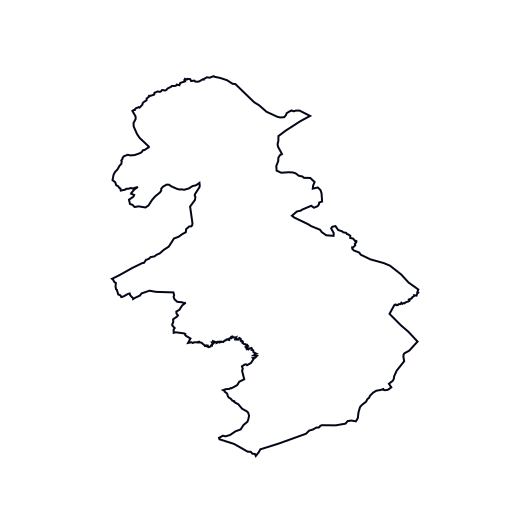 Gomoa East, Central, Ghana, rotated 252°
{"feature_id": "2480657B26264719340764", "entity_name": "Gomoa East", "entity_type": "district", "adm_level": 2, "iso_a3": "GHA", "parent_name": "Ghana", "parent_adm1": "Central", "projection": "equal_earth", "projection_center": [-0.589, 5.477], "detail": "fine", "context": "isolated", "style": "outline", "palette": "ink", "viewbox_px": 512, "rotation_deg": 252, "n_neighbors": 0, "source": "geoboundaries", "source_scale": "gbopen_adm2", "svg_char_len": 6116}
<svg xmlns="http://www.w3.org/2000/svg" viewBox="0 0 512 512"><g transform="rotate(252 256 256)"><path d="M278.8,112.0L277.5,112.8L275.1,113.2L273.6,114.4L270.5,113.0L267.6,112.6L266.9,113.2L262.0,113.1L260.5,114.9L258.5,115.2L258.5,117.5L259.5,122.5L259.4,124.3L257.5,124.2L254.1,125.9L253.0,125.8L253.6,128.0L254.2,133.2L255.8,135.7L255.9,144.0L252.8,149.8L246.9,166.2L244.2,166.1L242.6,165.0L240.1,165.1L236.8,166.9L234.7,171.6L233.6,172.7L233.3,174.7L231.8,170.5L228.5,166.5L227.8,163.1L225.9,162.6L223.6,163.4L222.7,161.9L221.4,157.6L219.0,157.0L216.7,155.1L215.6,155.0L212.6,156.4L211.5,154.9L208.4,154.0L208.2,156.2L204.6,163.7L203.7,164.7L202.8,164.2L201.7,164.7L197.8,168.2L194.3,164.5L193.9,168.0L192.8,168.9L193.0,170.9L191.5,174.6L191.7,175.3L192.1,174.8L192.1,175.4L191.2,175.7L190.6,177.2L186.9,179.5L186.4,180.5L186.0,180.1L185.6,181.0L186.2,181.5L185.7,182.4L184.9,181.8L183.9,182.8L184.0,184.9L184.8,185.6L184.4,186.5L185.5,186.9L185.7,187.7L186.5,187.6L186.7,188.4L187.5,187.8L187.4,188.9L188.2,189.0L187.4,190.0L186.7,189.0L186.4,189.2L186.3,193.1L186.1,193.6L185.6,193.0L185.8,195.1L185.5,195.9L185.0,195.5L184.9,197.3L184.3,198.2L185.3,200.0L185.0,200.9L185.8,202.2L185.6,203.3L185.2,203.2L184.4,204.5L185.8,205.2L186.0,206.8L186.8,207.4L186.8,208.1L185.7,207.7L186.1,209.0L185.6,209.1L185.1,211.0L184.5,211.1L184.6,211.8L183.1,210.4L182.5,211.7L183.2,212.0L182.0,213.1L183.2,214.8L182.1,215.8L180.5,215.2L180.3,215.7L179.7,215.6L179.6,216.5L178.5,217.0L178.2,216.3L177.5,216.2L175.8,217.6L175.3,218.8L174.4,219.0L174.4,220.0L172.9,220.6L172.7,219.1L172.3,219.7L171.5,219.7L171.6,218.8L171.1,219.2L170.9,218.4L170.2,218.4L170.1,219.4L169.5,219.9L170.1,220.9L169.9,223.3L168.8,223.4L168.1,222.8L167.1,224.2L165.2,223.9L163.2,225.9L163.3,225.0L162.6,224.7L162.2,223.0L160.8,226.1L159.5,223.9L159.9,221.4L158.7,221.8L155.8,218.1L154.9,213.7L155.9,213.2L156.3,211.9L155.4,208.5L152.8,208.6L151.2,207.3L142.4,206.7L141.6,201.2L139.0,198.2L138.1,193.7L137.8,191.7L138.2,190.9L137.8,189.7L138.7,186.0L138.6,183.4L137.7,184.4L136.8,184.2L134.1,186.0L131.2,185.9L130.0,186.3L128.0,187.9L125.6,188.9L124.6,190.5L123.6,190.3L120.6,193.3L115.0,195.6L111.3,199.1L109.6,200.1L106.3,200.1L102.5,197.9L100.9,196.4L99.2,192.0L95.8,187.8L95.6,182.3L93.8,176.1L93.9,171.3L95.3,169.0L94.5,164.6L93.0,164.6L84.0,177.1L72.5,187.6L71.4,190.5L69.2,191.4L68.0,193.8L65.9,194.0L68.7,198.2L70.8,200.4L70.6,219.5L71.5,248.6L73.5,252.6L73.4,256.4L74.2,260.6L73.6,262.0L73.6,263.3L74.6,264.6L74.7,266.4L70.3,279.5L68.9,289.3L70.7,292.2L70.0,295.9L67.9,299.9L70.3,302.7L75.5,305.1L80.1,308.2L81.6,310.6L83.4,315.6L85.4,317.7L86.3,319.9L87.7,321.0L89.8,325.0L90.7,328.8L90.1,332.9L90.1,335.9L89.3,335.8L88.5,337.2L88.0,340.2L89.3,344.1L93.4,342.9L95.1,347.6L96.6,349.1L98.9,350.2L103.6,354.5L110.1,364.4L114.9,365.1L116.8,366.0L117.6,367.1L118.6,372.4L124.7,383.2L136.9,377.5L145.3,372.4L159.7,365.1L166.4,372.2L166.8,373.2L166.7,373.9L165.8,374.3L165.5,375.8L166.1,376.7L165.6,378.5L166.6,379.8L165.3,380.4L165.6,381.7L165.1,382.7L165.6,383.5L165.8,387.7L166.2,388.3L167.4,388.0L167.6,391.1L168.5,391.9L169.1,394.1L169.8,394.3L168.7,396.4L170.6,397.8L171.0,398.9L171.8,398.3L174.0,400.0L183.6,392.9L193.5,388.4L205.3,380.5L209.8,375.3L217.5,363.7L224.9,356.0L227.4,355.2L231.0,350.8L233.0,349.8L234.5,350.1L234.2,351.0L235.5,353.7L237.1,353.8L238.0,355.5L239.1,356.1L239.6,355.7L239.5,354.9L242.6,353.7L244.0,351.2L246.1,351.9L248.4,350.0L248.6,349.4L250.2,348.8L251.6,346.2L252.8,345.6L255.3,342.2L259.9,340.8L260.2,337.4L259.0,336.0L253.7,337.0L251.2,336.0L254.0,329.2L258.4,325.9L261.2,325.0L267.6,317.4L269.5,316.0L280.7,304.3L283.2,302.6L285.7,308.7L285.3,312.6L285.8,313.8L286.7,324.0L284.0,326.1L284.3,329.8L285.4,331.6L287.3,332.6L287.4,335.7L295.3,337.7L298.8,337.7L302.1,335.9L302.5,330.8L305.5,332.2L308.2,334.6L313.5,331.7L315.5,325.8L317.3,324.7L319.0,321.6L322.4,319.2L324.1,316.8L325.6,312.8L327.4,305.7L330.8,302.0L335.3,303.1L339.3,306.4L342.5,307.6L344.5,309.9L344.9,312.2L353.2,310.7L355.8,311.1L358.5,312.8L363.1,314.4L366.1,323.1L370.5,339.8L372.5,350.7L380.8,342.4L382.0,338.7L381.9,336.7L383.5,334.7L383.1,333.9L383.3,333.1L382.3,329.2L380.9,328.2L379.3,325.8L380.3,321.7L382.0,319.1L389.9,310.6L398.4,305.5L402.9,301.7L425.9,289.5L427.0,287.0L432.2,282.7L436.5,276.8L439.2,272.0L440.1,271.4L439.9,267.0L441.1,264.6L440.4,261.0L440.0,260.8L440.5,260.1L439.6,255.8L439.8,254.3L440.6,252.2L441.9,251.5L442.4,248.4L444.5,248.1L445.7,245.3L445.3,245.0L445.6,244.2L446.1,243.5L445.6,243.5L445.9,242.9L445.5,242.2L444.0,242.4L444.0,237.5L442.1,235.9L443.5,233.6L442.8,232.8L442.8,231.2L443.7,228.6L443.2,227.6L442.6,223.6L441.6,222.0L441.5,220.7L442.9,218.0L442.0,216.7L441.8,215.3L442.9,213.2L442.5,209.7L441.0,209.1L440.9,205.6L441.3,204.2L440.9,204.3L439.6,200.7L437.9,200.0L437.1,196.8L436.3,195.4L435.0,194.7L433.1,191.1L433.8,190.5L433.6,187.4L433.0,186.2L432.3,185.8L432.6,184.8L432.2,183.3L425.9,184.6L423.4,183.8L420.3,180.6L416.9,179.7L408.9,180.5L404.3,181.8L393.1,187.9L392.6,187.7L391.2,182.5L391.6,181.4L389.9,178.9L389.6,176.4L389.5,171.7L390.5,167.6L391.9,165.3L391.7,161.3L390.7,159.5L389.7,159.1L388.4,157.4L387.6,157.6L385.1,156.3L384.1,154.2L381.2,151.1L379.4,147.8L377.2,145.6L372.5,143.0L369.7,144.9L366.6,144.9L365.0,146.4L362.7,147.2L362.1,147.9L360.0,147.6L359.5,152.2L360.0,153.3L359.3,156.0L359.4,157.9L358.3,159.6L358.2,165.0L356.8,160.7L354.4,156.8L353.9,156.4L351.7,159.0L350.3,157.7L348.8,152.6L344.4,152.2L343.0,154.2L340.1,155.7L339.5,159.7L336.3,165.9L337.3,169.4L341.3,174.3L343.8,178.4L346.1,184.3L347.4,186.0L349.3,186.7L350.7,189.0L351.5,193.1L350.6,195.4L348.4,197.0L344.1,201.8L342.8,204.0L342.4,205.8L341.2,208.1L341.0,213.0L342.1,217.2L341.8,220.9L343.0,224.8L340.2,224.2L338.9,223.5L333.8,217.2L332.5,216.4L330.8,216.6L328.1,215.2L323.4,208.6L306.9,205.7L305.3,205.0L304.2,203.8L304.7,201.6L303.1,197.8L300.3,196.6L299.6,192.6L298.2,188.3L298.0,183.4L291.9,176.0L290.3,170.1L288.2,165.2L287.9,161.9L287.0,159.2L287.5,155.4L286.4,153.2L286.3,150.2L284.1,147.3L284.4,145.7L282.8,134.3L280.0,120.3L278.8,112.0Z" fill="none" stroke="#020617" stroke-width="2"/></g></svg>